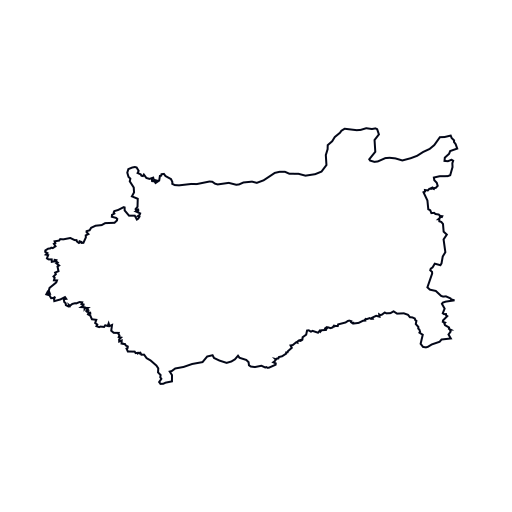 Chereponi, Northern, Ghana, rotated 263°
{"feature_id": "2480657B14989848452061", "entity_name": "Chereponi", "entity_type": "district", "adm_level": 2, "iso_a3": "GHA", "parent_name": "Ghana", "parent_adm1": "Northern", "projection": "equal_earth", "projection_center": [0.223, 10.179], "detail": "fine", "context": "isolated", "style": "outline", "palette": "ink", "viewbox_px": 512, "rotation_deg": 263, "n_neighbors": 0, "source": "geoboundaries", "source_scale": "gbopen_adm2", "svg_char_len": 6043}
<svg xmlns="http://www.w3.org/2000/svg" viewBox="0 0 512 512"><g transform="rotate(263 256 256)"><path d="M150.4,439.3L154.6,437.5L157.2,439.9L159.0,439.6L159.0,440.4L160.2,438.6L161.5,438.9L164.3,435.2L166.0,434.7L166.8,435.6L167.9,433.4L169.3,433.8L173.0,438.5L173.9,437.5L175.2,437.5L175.4,435.5L176.4,434.4L180.8,436.8L185.9,434.7L187.0,435.8L187.6,438.8L187.8,447.6L189.2,444.4L190.2,443.9L192.8,439.6L192.9,436.8L193.8,434.9L199.4,430.2L201.4,424.5L204.0,422.3L217.1,428.7L218.8,428.8L220.6,427.2L222.1,427.9L223.2,429.9L226.6,432.5L224.4,437.9L226.0,439.2L232.8,441.3L236.7,444.4L249.6,444.2L254.0,448.0L257.3,445.2L265.0,445.5L267.2,444.1L268.1,442.2L270.2,442.4L270.3,441.5L271.7,443.5L272.5,443.4L272.0,445.2L272.8,445.7L273.3,443.7L274.9,442.4L275.8,439.2L277.1,438.1L277.2,435.3L280.2,434.5L281.4,432.7L290.2,432.9L298.9,430.0L299.4,431.6L300.9,431.7L300.1,434.5L301.6,436.3L301.4,437.9L302.0,438.0L302.7,440.3L301.6,439.2L300.8,440.7L301.7,441.1L301.7,442.7L303.5,444.9L306.7,444.3L309.5,442.2L312.2,442.1L312.8,447.9L311.9,456.0L312.5,458.6L320.3,461.9L324.2,462.2L326.5,463.3L327.7,461.8L326.7,458.0L327.4,454.7L330.6,455.4L333.9,460.1L336.5,461.5L338.1,468.8L342.7,467.8L345.1,466.4L346.6,466.7L349.2,464.6L351.8,463.9L351.1,457.7L351.5,453.0L344.4,446.5L341.1,441.4L338.9,434.6L335.8,428.1L334.2,421.5L333.0,412.9L335.9,406.2L337.2,400.6L337.4,396.3L335.0,388.4L335.0,385.0L336.8,380.9L338.2,380.2L344.9,387.1L356.7,387.8L361.7,392.8L367.1,391.7L368.1,390.1L367.9,386.5L369.4,381.0L368.4,375.2L368.6,371.3L371.5,359.5L369.9,356.0L368.1,354.4L364.5,348.7L360.6,345.6L357.3,340.7L353.3,340.1L347.7,337.6L337.7,337.0L331.8,331.3L330.0,324.7L329.7,314.9L332.4,308.2L333.6,299.1L336.0,295.1L336.7,289.8L336.2,284.8L330.2,272.8L328.5,265.7L330.3,261.1L330.5,252.5L329.1,247.9L329.1,245.1L331.9,237.9L331.7,226.7L332.8,224.1L335.0,221.7L335.6,218.9L334.6,206.0L335.4,200.5L335.5,188.2L336.3,184.0L337.8,181.7L339.7,182.0L342.7,181.0L346.4,175.9L348.7,174.6L348.7,172.2L347.3,171.7L347.2,170.4L342.7,169.1L340.7,165.2L342.3,164.4L343.0,166.6L343.9,164.4L342.7,163.2L343.0,162.0L344.9,162.0L345.6,163.6L346.3,163.5L345.5,159.7L346.8,156.7L350.5,154.6L349.1,153.5L349.6,152.1L351.1,151.5L352.8,148.6L354.8,149.9L358.4,148.3L359.1,146.6L358.9,143.9L357.8,139.9L354.4,138.4L350.1,139.1L348.1,140.7L345.5,139.8L338.9,143.0L334.0,142.7L330.3,140.1L327.2,145.6L319.3,144.4L317.2,142.2L316.5,142.4L316.5,144.7L315.4,144.7L314.8,142.3L312.4,146.2L311.0,145.5L310.0,143.6L309.1,145.0L307.4,143.6L306.7,142.2L310.8,140.6L311.5,134.9L317.2,131.2L320.2,131.5L320.6,130.6L318.5,124.8L317.8,120.8L316.7,120.1L315.4,120.6L314.4,118.1L312.5,117.7L310.9,121.7L309.7,122.8L308.2,122.3L306.2,119.6L307.0,110.3L305.5,106.6L305.6,100.5L304.1,95.8L301.8,94.0L301.3,90.9L300.4,90.7L298.2,92.3L297.2,89.5L295.2,89.4L290.1,86.3L290.2,84.7L291.2,84.5L292.0,82.9L290.8,82.8L290.5,81.8L292.3,80.0L293.6,79.8L293.9,77.9L296.5,73.9L296.0,66.8L296.6,63.7L295.3,62.5L295.1,57.9L293.2,58.4L292.7,56.9L290.1,58.2L288.6,55.2L289.2,53.8L288.6,52.8L288.6,50.6L287.2,47.6L285.8,47.3L284.3,49.3L283.0,47.6L282.2,49.8L279.1,48.2L277.9,49.7L277.5,52.8L275.1,52.6L275.3,55.4L276.7,55.7L276.2,57.4L275.2,56.9L273.7,58.3L273.2,56.9L270.6,59.4L269.8,57.7L265.0,58.1L264.0,54.6L262.3,55.1L260.3,52.5L259.0,53.5L256.5,52.5L256.0,55.5L254.1,54.5L249.5,47.2L246.8,46.1L243.8,46.8L244.2,45.5L245.7,44.7L243.5,43.2L242.1,46.3L239.1,47.5L239.0,50.1L240.1,51.6L237.8,50.3L235.8,50.3L236.7,56.5L238.5,61.4L236.6,62.4L236.6,59.9L233.7,60.1L232.3,61.3L230.4,61.3L228.7,63.8L228.7,64.8L230.1,64.5L229.3,65.3L230.8,67.8L231.2,70.8L230.8,71.6L231.8,75.3L231.2,77.8L229.6,76.9L228.7,79.7L228.4,78.0L227.5,78.0L226.6,76.3L226.0,79.6L224.3,79.4L225.3,80.4L224.9,82.8L224.4,81.9L223.1,82.7L223.1,81.6L222.1,80.8L221.4,81.3L221.7,82.4L220.3,82.6L220.0,84.5L219.2,84.5L219.5,82.7L218.6,82.1L217.0,84.3L213.2,85.4L212.1,89.7L209.1,88.2L207.3,90.1L205.8,89.1L204.5,91.7L204.9,93.0L204.1,96.6L205.6,97.9L204.6,100.3L207.0,101.5L204.3,102.0L205.1,104.7L199.5,103.2L197.1,105.4L196.4,110.3L195.6,109.9L193.8,110.8L192.3,109.9L191.5,112.1L189.9,110.0L187.8,109.8L188.5,112.4L185.5,111.9L185.2,113.1L185.9,113.3L184.9,113.5L184.6,115.2L183.1,115.8L181.8,117.7L180.4,117.4L179.9,116.2L176.8,117.2L175.9,123.9L174.3,124.7L174.3,126.7L173.7,126.8L174.2,128.1L173.4,128.8L173.9,129.5L172.0,130.2L171.7,132.9L167.9,135.0L165.2,138.6L159.4,143.8L156.4,145.3L152.4,144.6L149.5,146.8L147.3,146.2L145.6,147.1L142.7,144.5L140.7,145.6L140.5,148.4L141.3,150.8L141.8,157.3L148.0,158.1L151.8,156.3L152.1,158.4L154.2,162.1L154.7,170.6L156.6,179.5L157.2,190.0L162.2,195.3L162.8,200.8L159.9,201.9L156.7,206.9L153.5,213.8L154.3,218.7L156.0,222.5L159.2,226.0L157.0,227.2L154.0,233.7L151.5,235.7L148.4,235.7L146.9,237.4L145.9,241.4L146.4,248.0L144.2,251.6L144.5,252.6L143.6,253.9L143.6,255.3L145.7,262.2L147.0,262.5L148.4,260.2L149.3,261.8L150.9,263.0L151.4,262.6L151.0,263.6L151.7,264.3L151.6,265.7L152.9,266.4L153.3,269.7L155.4,274.0L156.6,274.2L156.6,275.6L157.7,276.2L160.5,280.3L163.0,279.4L163.1,281.6L165.5,285.4L164.9,286.6L165.9,286.6L166.8,288.0L166.3,289.7L166.6,290.5L167.2,289.9L167.5,291.9L169.7,292.4L171.8,296.2L175.8,297.6L175.8,299.3L174.2,301.3L174.8,303.0L172.3,308.2L174.2,310.3L173.1,310.7L174.3,312.0L174.1,316.1L175.7,315.7L176.5,317.1L175.4,317.4L176.5,318.6L175.3,321.2L175.7,323.2L177.2,324.8L176.5,325.1L176.9,326.3L176.5,328.6L178.1,329.2L179.1,336.8L180.3,339.2L180.5,340.7L179.6,342.7L178.7,342.3L177.7,343.4L177.8,344.4L177.1,344.4L177.1,349.7L178.7,354.3L178.6,356.4L179.4,356.2L180.2,357.3L179.8,357.9L180.5,361.3L179.6,362.5L179.5,364.2L180.6,363.8L182.0,368.0L180.7,371.2L183.0,371.2L182.2,372.2L182.4,373.7L184.2,376.9L183.2,378.5L182.9,382.5L184.3,385.8L181.6,389.0L181.1,395.7L179.1,399.7L176.5,401.3L176.0,403.7L174.6,406.0L172.9,406.3L172.1,407.3L169.0,406.3L165.8,408.5L164.2,408.2L163.0,409.2L160.9,409.6L160.0,408.9L157.5,411.9L148.8,408.7L145.4,410.7L144.6,413.5L144.9,415.5L146.8,419.7L148.5,427.8L150.5,430.0L150.4,439.3Z" fill="none" stroke="#020617" stroke-width="2"/></g></svg>